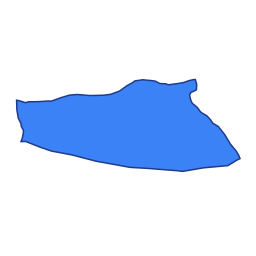 outline of Keana, Nassarawa, Nigeria, rotated 356°
{"feature_id": "59680162B98467355573765", "entity_name": "Keana", "entity_type": "district", "adm_level": 2, "iso_a3": "NGA", "parent_name": "Nigeria", "parent_adm1": "Nassarawa", "projection": "orthographic", "projection_center": [8.821, 8.173], "detail": "fine", "context": "isolated", "style": "filled", "palette": "blue", "viewbox_px": 256, "rotation_deg": 356, "n_neighbors": 0, "source": "geoboundaries", "source_scale": "gbopen_adm2", "svg_char_len": 1296}
<svg xmlns="http://www.w3.org/2000/svg" viewBox="0 0 256 256"><g transform="rotate(356 128 128)"><path d="M237.6,166.4L237.3,165.4L236.3,162.4L235.7,161.3L234.2,158.4L232.2,155.6L231.6,154.9L230.6,153.4L228.9,150.9L226.9,147.0L224.2,141.6L222.9,139.7L220.8,136.6L219.1,134.2L218.3,132.9L217.6,132.4L215.2,130.7L213.7,129.7L213.2,129.4L211.6,126.9L210.5,125.0L209.9,124.3L207.7,121.5L205.3,119.8L203.0,118.3L201.1,116.5L199.5,113.8L198.9,112.8L197.3,111.0L193.9,108.0L192.6,104.6L191.7,99.6L193.2,96.9L195.9,96.0L198.9,94.7L199.2,92.8L199.5,90.0L199.5,88.6L198.5,84.3L196.8,84.3L192.6,84.9L186.8,86.5L181.1,87.1L171.3,87.7L168.6,86.5L162.9,85.9L158.4,83.1L154.5,82.3L146.1,80.9L140.0,81.4L138.2,81.5L135.3,83.3L130.0,85.7L122.0,90.6L112.9,93.2L105.9,93.6L92.5,93.0L90.4,92.7L87.9,92.3L79.6,91.0L72.1,91.1L63.9,92.9L53.1,95.9L51.2,95.6L50.6,95.5L43.3,95.5L39.6,95.4L35.5,95.2L30.6,94.9L27.5,95.6L21.4,93.2L18.8,92.5L18.4,102.0L18.7,105.0L19.2,110.5L21.5,115.9L21.7,119.0L23.6,123.2L23.1,126.2L21.7,131.1L20.3,134.1L25.0,134.3L39.4,141.2L50.4,145.8L51.1,146.0L55.6,147.1L70.0,150.9L91.5,158.1L93.8,158.9L97.0,159.7L127.3,167.4L127.9,167.5L142.9,169.4L151.7,170.7L175.1,174.2L179.3,175.1L200.5,173.0L225.0,172.5L234.9,167.4L237.6,166.4Z" fill="#3b82f6" stroke="#1e3a8a" stroke-width="1.5"/></g></svg>